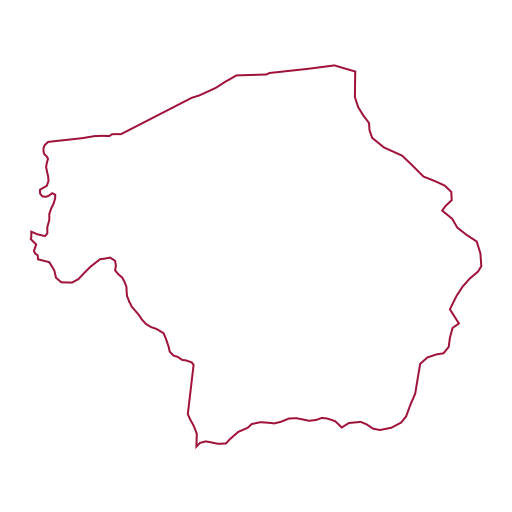 outline of Sibu, Sarawak, Malaysia
{"feature_id": "92858781B78222049981806", "entity_name": "Sibu", "entity_type": "district", "adm_level": 2, "iso_a3": "MYS", "parent_name": "Malaysia", "parent_adm1": "Sarawak", "projection": "orthographic", "projection_center": [111.821, 2.297], "detail": "fine", "context": "isolated", "style": "outline", "palette": "rose", "viewbox_px": 512, "rotation_deg": 0, "n_neighbors": 0, "source": "geoboundaries", "source_scale": "gbopen_adm2", "svg_char_len": 2165}
<svg xmlns="http://www.w3.org/2000/svg" viewBox="0 0 512 512"><path d="M341.7,427.5L349.0,423.0L360.7,421.9L366.5,424.3L373.2,428.7L379.9,430.0L391.2,427.8L401.1,422.6L406.1,416.4L410.6,404.2L415.2,393.7L417.9,377.1L420.2,363.8L427.5,357.4L436.5,354.4L443.5,353.3L448.7,346.9L449.9,337.9L452.5,328.0L458.9,323.5L449.9,309.3L456.7,295.6L462.7,286.5L469.5,278.8L478.1,271.5L481.3,266.1L480.4,253.4L476.7,241.5L466.3,234.7L457.2,227.5L452.2,218.8L442.2,210.6L445.4,206.1L451.7,200.2L451.3,192.0L444.9,185.7L434.9,181.1L423.5,176.6L411.7,164.8L402.2,155.7L384.0,147.5L372.2,137.9L369.5,130.2L369.0,123.0L363.1,115.2L358.1,107.0L354.9,97.1L355.2,73.0L355.3,71.5L353.8,71.1L334.4,65.4L309.1,68.7L269.5,73.0L266.3,74.5L236.5,75.4L225.2,81.8L215.7,87.9L199.1,95.5L191.7,97.8L120.9,134.2L116.8,134.1L112.2,134.2L109.2,136.1L104.7,135.9L99.9,135.9L94.5,136.1L82.0,138.2L53.5,141.3L48.2,141.9L44.8,145.0L43.5,148.2L43.5,151.2L44.1,153.8L46.8,156.6L48.0,158.8L47.0,162.2L46.1,166.8L47.0,171.7L48.1,176.3L48.5,180.8L46.8,185.8L40.0,189.7L40.1,193.6L42.4,196.4L45.9,196.8L48.7,195.8L52.2,193.2L55.2,194.7L55.2,198.1L53.7,203.3L51.1,208.7L49.3,213.9L49.3,220.0L47.3,227.1L47.3,233.5L45.0,236.1L37.4,234.3L31.3,231.7L31.3,237.2L30.7,239.0L36.2,244.5L33.9,250.9L35.4,253.8L37.7,255.3L38.0,259.3L49.3,262.2L54.3,270.4L56.0,277.7L61.3,282.3L72.0,282.6L78.4,279.1L84.8,272.4L90.6,266.6L100.2,259.1L103.7,258.8L110.1,257.6L115.1,260.8L115.9,265.7L115.1,270.4L118.0,273.9L122.3,277.7L124.4,281.7L126.4,286.7L126.7,292.2L127.0,296.0L129.0,300.9L129.0,301.5L130.2,303.3L131.6,306.5L138.3,314.3L142.1,319.8L146.2,324.2L151.1,327.1L156.4,328.9L163.6,333.2L166.0,339.0L168.6,346.6L169.7,351.6L173.5,355.6L177.6,356.8L182.3,360.0L185.7,360.3L191.6,362.3L193.6,364.9L187.8,414.1L190.1,419.3L192.4,423.4L193.9,426.3L195.3,429.8L196.8,433.9L196.4,446.6L200.0,442.9L205.8,441.4L210.8,442.3L218.0,443.8L225.9,443.5L229.4,439.7L234.3,435.3L238.4,431.8L247.7,427.8L251.8,424.0L260.5,422.2L268.9,422.8L274.5,423.4L281.2,421.7L289.0,418.5L296.3,418.2L303.6,419.6L309.1,420.8L316.4,419.9L321.9,417.9L327.1,418.5L335.0,421.1L338.2,424.0L341.7,427.5Z" fill="none" stroke="#9f1239" stroke-width="2"/></svg>